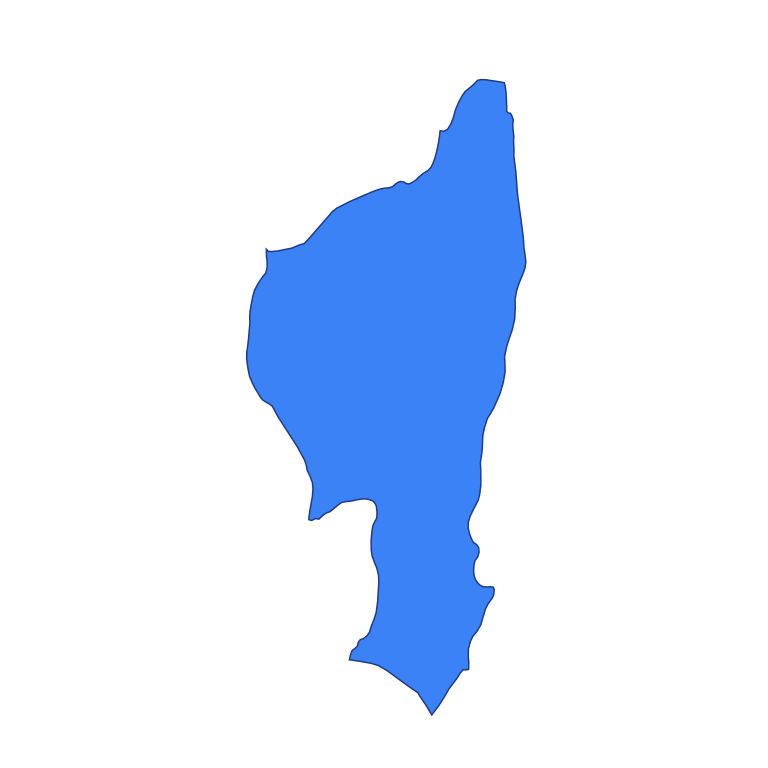 the district of Ogoulou, Ngounié, Gabon, rotated 190°
{"feature_id": "22940354B22341987955952", "entity_name": "Ogoulou", "entity_type": "district", "adm_level": 2, "iso_a3": "GAB", "parent_name": "Gabon", "parent_adm1": "Ngounié", "projection": "equal_earth", "projection_center": [11.519, -1.32], "detail": "fine", "context": "isolated", "style": "filled", "palette": "blue", "viewbox_px": 768, "rotation_deg": 190, "n_neighbors": 0, "source": "geoboundaries", "source_scale": "gbopen_adm2", "svg_char_len": 3222}
<svg xmlns="http://www.w3.org/2000/svg" viewBox="0 0 768 768"><g transform="rotate(190 384 384)"><path d="M372.7,643.2L372.4,638.1L372.2,631.4L372.4,625.1L372.7,619.6L373.2,614.9L374.0,610.1L375.2,605.9L377.6,601.9L381.9,598.2L385.9,593.6L387.8,590.6L390.4,588.1L393.9,585.4L396.9,585.2L399.5,586.4L402.7,586.4L405.0,585.2L407.3,583.0L409.8,579.9L413.1,578.1L416.5,577.2L421.1,575.6L427.4,572.2L436.1,566.6L449.3,557.8L460.8,549.2L464.6,545.0L481.7,516.6L486.9,508.5L491.9,506.0L498.4,501.8L506.4,498.7L511.8,496.5L517.8,494.9L520.9,494.5L523.3,496.3L522.7,493.0L521.7,488.6L520.6,485.2L519.6,480.5L519.3,476.8L519.8,472.6L522.1,468.5L523.4,465.7L525.1,461.9L526.3,458.5L527.8,453.8L528.4,447.8L528.6,437.7L528.5,431.5L527.7,425.6L526.6,420.8L526.2,415.4L525.3,405.0L524.8,398.1L524.7,392.0L523.7,385.1L520.8,376.0L517.7,368.2L513.7,362.0L510.3,357.4L506.7,353.4L503.8,349.9L500.9,347.3L497.3,345.8L493.7,344.5L490.2,342.8L482.4,333.0L472.6,322.4L457.9,306.5L448.9,295.1L446.4,290.5L444.7,285.8L440.3,279.5L437.3,274.3L435.7,268.1L435.0,260.5L435.0,252.2L435.0,245.8L434.8,240.6L434.5,237.4L431.8,237.0L430.1,238.1L428.1,239.6L424.7,239.6L421.4,244.0L418.8,246.7L414.9,249.0L408.2,256.9L405.0,260.1L401.9,261.3L396.9,262.7L392.0,264.7L387.4,266.4L383.0,267.6L378.9,267.6L374.7,266.9L372.2,265.0L370.4,262.5L368.7,256.9L368.0,252.4L368.1,249.7L369.4,246.5L370.4,241.9L370.2,235.9L369.4,226.9L367.7,218.3L365.7,212.3L362.6,206.9L359.1,201.5L356.1,194.4L354.7,188.1L352.5,168.9L352.0,157.3L353.2,149.0L354.6,142.6L355.1,137.4L357.2,132.7L360.1,129.6L363.0,128.1L364.5,125.1L364.6,121.4L367.0,118.1L369.1,116.0L369.9,111.7L370.2,106.4L360.4,106.7L348.0,106.7L340.5,105.7L331.5,102.4L317.9,95.7L306.4,90.1L297.2,85.9L294.3,82.6L286.8,74.9L279.5,66.4L273.8,77.7L270.2,86.4L267.1,95.0L261.1,106.7L258.8,112.4L256.4,116.5L254.4,116.5L251.2,117.5L251.4,119.7L252.3,125.2L253.7,130.1L254.9,137.9L254.2,145.8L252.4,151.7L249.8,155.8L246.8,163.9L246.2,169.8L245.0,180.2L243.2,185.9L240.3,191.7L239.4,195.4L239.7,200.4L240.9,202.8L243.8,202.8L247.3,202.0L251.6,201.6L254.6,202.6L256.6,204.0L259.3,206.4L261.8,210.4L263.4,215.8L263.9,221.0L263.7,225.9L261.6,230.3L261.2,234.9L262.3,239.2L264.9,241.9L268.3,243.5L270.7,246.2L273.6,251.0L276.1,256.8L277.0,262.5L276.2,268.7L274.2,275.8L272.2,282.2L271.0,286.1L270.6,291.9L271.0,300.6L272.2,307.7L274.2,318.0L275.5,323.6L275.6,331.5L276.1,338.4L277.7,349.9L277.5,358.1L276.2,368.1L274.2,372.8L271.8,379.5L269.7,387.8L268.0,395.2L266.8,406.3L266.8,416.6L268.3,424.5L270.0,431.8L269.7,441.6L269.2,446.5L269.1,447.0L267.1,459.8L266.6,470.9L268.0,481.9L269.6,490.1L269.6,498.7L268.8,504.8L267.5,511.4L266.2,517.1L265.3,522.7L265.5,528.7L267.1,534.3L270.0,543.1L271.6,550.0L274.5,559.8L285.5,594.2L290.9,615.4L295.7,631.0L296.8,638.0L298.5,645.1L299.1,650.4L300.6,655.1L302.2,661.4L302.5,666.2L304.2,669.7L306.4,672.5L308.7,672.5L310.6,673.9L311.1,677.2L312.2,682.5L313.5,688.4L314.9,693.8L316.2,697.8L317.8,701.6L326.6,701.6L332.0,701.4L335.8,701.4L341.4,700.6L344.6,699.3L346.9,695.8L349.0,692.9L352.2,689.3L354.7,686.4L357.1,681.4L359.4,674.3L361.2,666.6L362.0,658.5L363.3,651.6L365.7,645.8L369.0,643.2L372.7,643.2L372.7,643.2Z" fill="#3b82f6" stroke="#1e3a8a" stroke-width="1.5"/></g></svg>